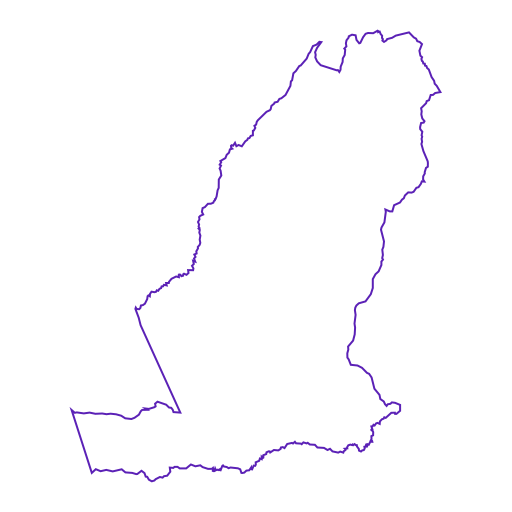 Río De Oro, Cesar, Colombia
{"feature_id": "7082276B35556421377361", "entity_name": "Río De Oro", "entity_type": "district", "adm_level": 2, "iso_a3": "COL", "parent_name": "Colombia", "parent_adm1": "Cesar", "projection": "natural_earth1", "projection_center": [-73.488, 8.215], "detail": "fine", "context": "isolated", "style": "outline", "palette": "violet", "viewbox_px": 512, "rotation_deg": 0, "n_neighbors": 0, "source": "geoboundaries", "source_scale": "gbopen_adm2", "svg_char_len": 6019}
<svg xmlns="http://www.w3.org/2000/svg" viewBox="0 0 512 512"><path d="M91.8,472.9L95.8,469.2L100.6,471.2L106.3,469.9L112.7,471.4L121.7,469.3L125.4,472.4L132.2,472.9L136.2,474.1L137.3,474.0L141.5,470.8L144.5,473.1L145.7,476.6L147.2,476.8L148.9,479.7L151.8,481.3L154.4,480.5L155.6,479.2L159.9,477.0L162.6,477.6L164.0,476.2L167.2,475.7L170.3,471.7L169.8,467.6L173.3,467.9L174.5,466.9L177.6,466.9L179.7,468.4L186.2,468.4L190.9,464.5L195.4,466.3L200.3,465.3L202.6,467.1L208.1,468.9L212.1,468.8L213.0,467.9L213.4,469.2L212.8,469.6L212.8,470.9L213.9,471.2L214.6,471.0L215.2,468.6L215.9,470.2L217.4,469.7L218.3,470.1L219.7,469.3L219.7,470.1L220.6,470.3L222.3,465.9L223.0,465.4L223.9,466.5L226.7,467.0L228.6,468.2L230.5,467.5L237.9,468.3L240.2,469.3L241.4,472.9L242.3,473.0L244.3,472.6L246.4,470.6L249.2,470.3L251.0,467.7L251.0,469.1L252.1,469.4L253.7,465.6L255.2,465.8L255.8,464.6L255.7,462.3L259.2,460.8L259.9,458.5L261.7,459.2L261.7,456.9L262.7,458.0L263.3,457.7L263.4,457.0L262.8,456.8L263.3,455.2L266.2,454.1L266.5,452.3L268.8,451.3L269.7,451.4L270.2,452.5L273.9,450.0L278.3,450.4L280.6,448.9L280.9,447.5L282.8,447.1L284.5,448.1L287.2,444.0L292.0,442.9L293.0,443.5L294.9,441.8L296.0,443.3L300.9,443.6L301.7,444.2L303.4,442.4L306.6,443.4L307.7,442.8L309.8,444.5L314.9,444.8L317.4,447.5L324.0,447.9L327.5,450.0L330.0,448.8L332.5,451.4L338.2,452.6L340.2,451.6L343.3,452.6L343.7,451.3L345.5,450.0L345.7,449.3L345.0,448.7L347.3,448.4L347.1,447.3L348.3,445.3L350.3,444.6L352.2,445.1L352.7,444.5L353.3,445.1L354.6,444.1L355.7,445.1L356.8,445.1L357.0,446.5L358.8,448.9L359.0,450.6L361.0,451.5L362.2,450.4L363.8,450.1L364.7,448.5L364.4,446.8L367.0,446.6L367.2,446.0L365.9,445.3L366.2,444.4L367.4,444.1L368.8,444.7L370.3,441.7L372.3,441.8L372.1,440.9L370.9,440.2L371.5,439.2L371.4,436.1L373.1,435.3L373.2,432.1L372.6,430.8L371.5,430.3L371.4,429.7L372.4,429.4L371.4,426.4L372.7,426.2L373.5,424.8L374.6,425.5L376.1,423.4L377.5,422.9L379.7,423.9L379.9,421.4L382.0,419.2L383.6,418.7L384.3,417.3L385.7,417.9L391.3,412.8L394.9,412.7L395.1,413.9L396.4,413.9L400.1,410.8L400.1,404.9L395.0,402.8L391.9,402.4L390.4,403.8L387.7,404.3L386.6,405.9L385.0,404.2L383.8,401.5L380.3,399.0L379.5,394.9L374.4,388.7L371.6,377.5L369.1,373.8L367.0,372.9L362.0,367.8L357.5,365.5L350.8,364.8L348.7,359.4L347.4,357.6L347.3,353.3L348.3,349.6L348.1,346.5L353.1,340.6L354.7,334.4L355.1,327.6L354.5,323.6L355.6,314.9L354.9,310.1L355.3,307.6L356.4,305.5L358.8,303.3L365.5,301.4L370.8,294.2L372.8,288.0L372.8,279.1L375.5,274.2L378.6,271.4L381.4,265.0L381.4,261.5L383.0,259.6L382.2,258.1L382.9,255.0L382.3,249.7L383.4,246.9L384.0,241.4L381.0,229.7L381.5,227.5L384.4,222.4L385.8,211.9L385.4,209.5L389.8,211.4L392.3,211.4L394.1,205.2L400.0,202.5L402.0,199.6L403.8,198.3L404.9,195.5L408.2,192.4L411.6,192.6L413.6,191.8L416.4,187.8L418.5,187.2L420.9,183.8L421.8,181.4L424.4,181.6L423.1,179.5L423.2,176.3L424.8,173.5L424.7,172.2L426.0,167.9L427.8,166.7L427.9,163.0L427.7,161.3L423.4,151.1L421.4,144.0L422.1,141.8L421.6,138.8L422.2,136.6L421.6,135.3L422.3,131.7L420.2,129.1L420.1,127.1L421.1,123.0L423.7,122.6L424.5,121.2L422.3,118.5L421.3,114.4L421.7,111.3L421.1,108.2L426.1,103.2L426.7,101.1L429.0,100.2L430.7,95.0L433.0,94.9L435.2,93.0L440.4,92.1L436.7,85.8L434.7,83.7L434.1,80.8L431.6,77.1L428.8,69.5L427.1,68.0L426.4,66.0L425.0,65.6L424.8,63.7L423.3,63.5L422.8,61.5L421.9,60.9L421.4,58.9L422.1,57.2L420.4,55.7L419.4,50.7L422.0,44.1L419.7,42.0L417.3,41.2L416.1,38.7L413.8,37.4L409.0,32.4L395.8,35.6L392.1,37.8L387.1,39.1L386.5,40.3L384.0,41.9L382.4,40.6L382.9,39.1L382.0,37.9L382.1,35.7L380.6,34.0L379.7,31.6L378.2,32.1L378.2,31.1L377.6,30.7L373.2,33.2L368.0,33.0L365.6,33.8L363.1,37.2L360.3,42.9L359.2,43.3L356.5,39.9L355.6,35.3L352.0,34.7L348.8,36.3L348.6,37.6L346.5,40.3L345.9,43.3L346.4,46.4L344.3,48.6L345.2,49.7L344.7,55.0L342.8,58.4L342.6,62.0L340.7,66.6L340.5,69.8L339.3,72.0L337.9,70.1L336.7,70.3L320.7,65.2L317.1,61.4L315.3,57.4L315.7,54.9L315.1,52.2L317.1,47.8L321.3,42.1L319.4,41.8L316.6,44.6L312.9,46.1L310.1,52.2L308.7,53.7L306.7,58.6L300.7,65.5L299.3,66.0L295.9,71.0L293.4,73.3L292.1,80.3L290.9,81.4L290.4,85.9L285.5,95.0L281.3,98.3L279.4,98.9L277.6,101.8L274.6,102.5L274.2,103.6L271.4,105.9L270.7,109.1L269.9,110.2L266.5,111.8L257.9,120.2L256.8,121.7L256.1,124.6L254.4,125.8L255.3,127.9L253.8,130.5L252.9,130.8L252.9,135.3L250.7,135.9L249.4,138.1L247.9,138.4L247.3,139.9L245.3,141.3L241.8,146.3L238.6,145.0L236.4,146.2L235.0,142.8L233.1,145.7L231.7,145.2L231.0,145.8L231.2,147.8L232.2,148.7L229.9,149.4L229.0,152.7L226.7,154.8L225.4,158.1L220.4,161.0L221.2,162.2L219.7,164.7L221.0,165.6L219.6,168.5L220.6,170.7L221.3,175.5L218.8,179.5L218.7,187.9L217.6,190.3L216.6,196.4L215.6,199.0L214.9,199.2L214.9,200.4L213.9,201.1L213.3,202.7L210.9,203.7L207.9,203.8L204.9,207.1L202.6,208.1L201.9,211.9L203.2,214.5L200.3,215.8L199.1,217.1L199.5,219.3L198.0,222.0L199.1,224.5L198.6,226.6L199.5,228.0L198.6,228.6L199.8,229.9L199.3,232.6L200.4,235.6L199.7,239.6L200.3,242.8L199.7,244.8L197.8,247.0L198.0,248.4L196.3,251.3L196.6,253.5L194.3,254.5L195.5,256.9L194.0,258.5L195.2,261.6L193.1,260.8L193.8,264.0L192.0,265.8L193.4,268.4L193.1,270.2L188.1,270.1L188.5,273.0L186.5,274.8L184.0,273.7L183.2,274.3L183.1,275.7L181.4,276.2L180.4,274.7L179.1,274.5L178.7,275.0L178.9,277.2L176.1,276.5L171.5,278.8L169.0,281.8L168.8,283.0L166.1,283.0L166.7,285.4L163.9,284.8L163.1,286.3L161.6,286.4L161.1,288.1L159.5,288.8L158.2,290.8L156.8,290.3L156.0,291.8L154.5,292.2L151.5,291.7L150.0,293.9L149.8,296.3L148.4,295.4L147.6,296.2L147.2,299.1L144.9,303.7L142.9,305.1L140.9,305.5L140.4,307.9L139.2,309.2L136.7,309.0L135.8,307.6L135.4,308.9L138.7,317.7L140.6,325.2L180.3,412.6L173.5,412.1L172.7,409.7L171.2,407.8L169.0,407.5L166.2,404.7L157.5,401.7L155.1,403.7L155.6,406.4L154.4,407.2L148.9,408.9L145.4,408.5L147.2,409.8L142.2,409.9L140.8,411.2L138.9,414.7L134.5,417.8L131.4,419.0L125.2,418.3L121.2,415.7L116.1,414.3L110.6,413.7L106.5,414.2L102.2,413.5L95.4,413.8L89.6,412.6L83.8,413.4L76.8,412.4L74.8,412.8L71.6,410.0L91.8,472.9Z" fill="none" stroke="#5b21b6" stroke-width="2"/></svg>